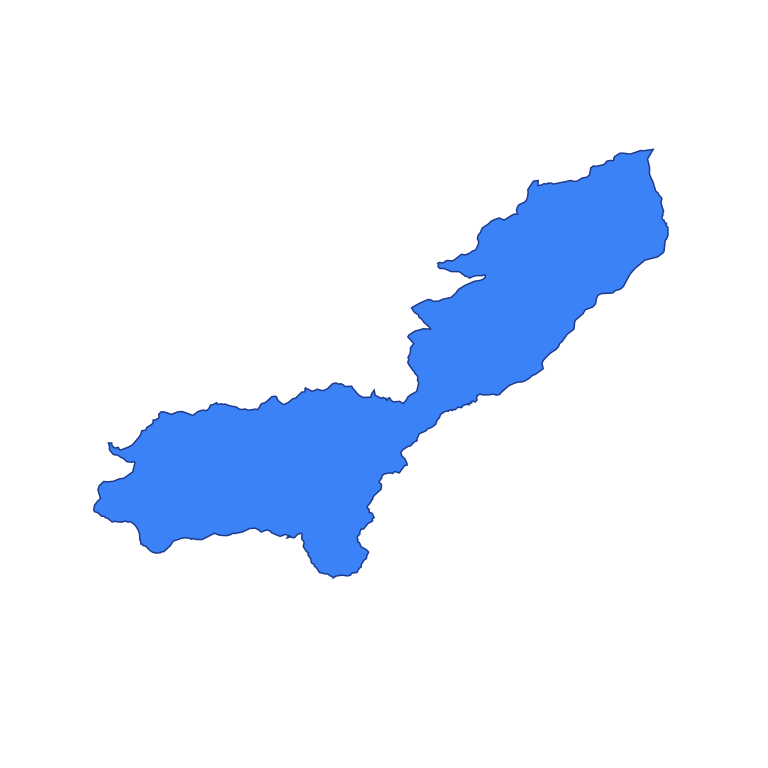 the district of Cerbal, Hunedoara, Romania, rotated 169°
{"feature_id": "2599482B29050657769983", "entity_name": "Cerbal", "entity_type": "district", "adm_level": 2, "iso_a3": "ROU", "parent_name": "Romania", "parent_adm1": "Hunedoara", "projection": "natural_earth1", "projection_center": [22.62, 45.762], "detail": "fine", "context": "isolated", "style": "filled", "palette": "blue", "viewbox_px": 768, "rotation_deg": 169, "n_neighbors": 0, "source": "geoboundaries", "source_scale": "gbopen_adm2", "svg_char_len": 6139}
<svg xmlns="http://www.w3.org/2000/svg" viewBox="0 0 768 768"><g transform="rotate(169 384 384)"><path d="M87.6,564.2L98.5,562.7L105.6,565.1L108.6,565.5L114.2,563.2L115.5,561.6L115.9,559.8L116.6,559.4L119.1,560.3L122.9,560.2L125.1,558.1L127.5,557.3L134.5,557.2L136.6,558.1L139.8,556.7L142.4,550.0L145.2,548.3L150.3,548.4L155.9,546.2L159.2,546.7L161.4,548.1L179.2,547.9L182.0,549.4L184.5,549.9L187.0,549.3L188.4,550.2L191.3,549.3L195.2,549.4L193.8,554.3L198.6,554.6L205.7,547.4L206.0,544.4L207.4,540.1L209.2,537.3L211.4,535.6L217.0,534.4L219.1,532.4L220.9,528.8L220.4,525.3L223.3,525.9L225.4,525.6L234.7,522.0L239.3,525.0L244.5,524.2L247.7,523.4L251.2,521.1L257.7,518.4L260.6,514.2L263.2,512.0L264.6,509.0L263.9,505.9L264.5,503.5L267.8,498.9L269.2,497.9L271.9,497.7L273.7,496.5L279.1,495.2L283.2,496.5L292.8,491.7L299.0,493.3L303.0,491.5L306.4,492.8L308.3,492.2L307.8,490.3L308.6,488.9L307.1,486.7L302.8,485.8L296.8,481.6L288.6,479.9L283.8,474.4L281.8,473.6L279.7,471.6L276.1,472.6L272.2,472.7L266.8,471.6L265.0,472.0L263.9,471.5L264.2,469.3L266.5,468.1L269.7,467.3L275.6,467.6L285.2,465.5L293.0,462.6L296.4,459.3L301.6,456.2L310.0,456.0L314.1,455.0L319.6,455.6L322.5,458.0L325.1,458.5L334.3,456.3L342.4,453.6L341.3,450.2L339.9,447.9L337.1,445.4L336.9,442.8L334.4,440.1L333.0,436.8L328.5,431.0L327.8,429.0L334.6,430.7L343.6,430.0L350.3,427.3L351.6,425.6L347.1,418.0L351.0,414.7L352.3,409.2L355.3,405.7L355.1,403.4L356.5,400.7L356.1,398.7L353.1,391.9L352.0,390.7L351.8,388.7L349.6,385.5L350.0,381.7L350.5,381.4L349.8,379.2L350.2,377.2L353.4,370.4L360.0,368.3L363.5,366.4L364.3,364.8L368.7,361.2L372.1,364.0L378.2,364.6L380.3,366.8L380.7,368.8L381.6,369.6L383.0,368.7L383.8,367.3L385.0,368.3L384.8,369.6L385.5,369.5L387.6,371.1L388.4,370.3L390.4,371.2L394.8,374.6L394.8,379.9L398.6,376.1L399.2,373.6L406.8,374.7L410.2,377.2L411.7,379.2L415.5,385.9L416.1,388.0L422.7,388.9L424.1,390.9L426.3,392.5L428.7,392.6L430.9,394.2L434.6,394.1L440.3,390.2L444.3,389.2L446.2,389.4L450.4,391.6L455.8,390.4L461.8,395.1L462.5,394.3L462.9,392.3L463.9,391.3L466.2,391.8L473.4,387.0L476.2,387.0L481.7,384.0L485.9,382.9L487.6,383.9L490.7,387.4L491.8,389.7L491.7,391.0L492.6,392.6L496.4,393.0L503.7,388.5L508.2,388.0L512.8,382.9L514.8,383.9L521.9,384.1L525.5,386.1L528.3,386.0L531.0,387.0L533.1,389.5L539.4,391.9L543.6,394.5L546.1,394.7L547.3,395.6L551.4,395.8L551.8,397.6L556.3,396.2L558.2,396.5L560.7,393.2L563.5,391.6L566.1,392.8L569.5,392.9L572.8,392.1L577.4,389.6L587.5,395.6L591.6,396.0L598.6,394.8L604.9,398.5L608.1,399.2L610.9,397.3L611.0,394.8L612.0,393.4L616.1,392.3L617.5,392.7L617.9,390.6L619.4,388.8L625.1,386.6L626.6,384.2L630.7,384.3L632.2,381.4L634.6,378.6L642.7,372.2L647.7,370.7L655.3,369.4L656.2,370.0L656.9,372.5L660.1,372.4L661.8,374.0L662.8,375.9L662.5,378.0L665.8,378.7L665.3,374.8L665.9,373.3L665.8,371.3L663.5,367.0L661.5,365.6L659.1,365.2L656.2,362.1L654.1,360.7L651.2,356.8L646.8,355.4L644.5,355.5L643.4,354.3L645.4,350.4L645.5,349.0L646.7,347.9L646.8,346.0L657.4,341.1L662.1,341.4L668.5,340.1L674.7,340.8L677.6,341.8L679.6,340.7L683.0,338.3L685.0,334.8L684.2,325.6L687.7,323.5L691.3,320.2L693.0,315.8L692.4,313.9L689.6,312.3L686.3,308.0L683.6,307.5L683.0,305.9L680.7,304.7L677.1,300.4L674.9,300.6L669.1,298.7L666.6,298.4L664.5,299.1L662.0,297.4L658.7,296.9L655.2,292.9L653.1,287.5L652.6,283.8L653.4,277.3L653.0,276.3L653.1,273.1L652.0,273.2L651.5,271.6L648.7,270.1L645.4,265.1L642.9,262.7L641.2,262.4L640.8,261.7L635.8,261.0L634.7,261.6L632.0,261.5L624.7,266.0L620.8,270.0L612.7,271.1L609.1,271.1L603.7,269.5L603.2,268.4L601.1,268.7L597.9,267.2L592.3,266.0L578.9,269.8L574.2,266.9L567.7,265.2L563.2,265.4L561.4,266.4L559.0,265.7L550.9,265.8L543.4,267.8L537.8,267.0L535.2,265.0L532.7,262.1L527.5,263.1L526.1,262.8L523.7,261.3L522.9,259.6L516.2,254.9L514.6,254.3L509.5,255.2L505.4,252.7L507.9,252.3L508.6,251.4L505.7,251.8L501.4,250.1L497.5,252.9L494.5,253.3L493.0,252.8L494.4,247.6L492.5,244.1L494.2,240.1L494.0,239.1L492.1,234.2L490.4,232.9L491.3,230.8L489.4,226.4L489.3,222.3L486.8,219.9L487.1,218.5L485.2,216.1L483.3,211.3L477.1,208.5L475.6,208.6L473.9,206.4L470.6,203.9L470.8,203.3L467.8,204.6L461.8,204.4L456.1,202.5L453.3,202.8L452.3,204.0L450.7,204.5L446.6,204.1L443.5,207.8L441.3,208.7L440.8,211.0L437.2,214.9L434.6,216.0L433.6,218.8L431.2,221.8L432.5,224.3L437.6,228.7L438.4,233.0L440.0,234.1L439.2,236.0L439.8,238.1L439.3,239.2L436.4,241.2L435.8,243.7L434.2,245.9L431.6,245.6L426.4,250.1L421.3,251.7L421.3,253.8L419.2,254.7L420.2,259.1L423.2,261.2L422.5,263.1L422.9,264.4L424.1,265.7L423.8,267.1L419.3,270.7L418.8,272.1L417.2,272.9L416.5,274.9L414.6,276.6L407.0,281.2L405.8,285.0L405.9,286.6L407.3,288.0L407.5,289.2L404.5,291.8L403.3,294.4L400.9,295.6L395.1,295.7L392.6,294.5L390.0,296.0L386.0,293.8L379.3,300.0L377.0,299.8L376.5,301.1L377.7,306.4L380.1,309.9L380.6,313.4L377.8,316.0L372.5,318.1L369.8,318.2L365.0,321.6L362.5,321.9L361.9,324.2L358.9,328.4L351.9,330.0L349.7,331.6L345.6,332.3L341.0,334.5L339.1,337.9L336.0,340.4L334.3,343.4L330.6,344.9L328.0,345.6L326.3,344.9L324.3,346.1L321.9,344.9L321.1,345.7L318.8,345.3L316.0,347.1L312.3,346.0L310.7,347.7L307.2,348.3L304.4,347.5L304.8,348.5L301.5,348.7L301.4,350.1L300.9,350.3L299.9,350.3L298.1,348.9L295.6,350.6L296.0,351.5L295.0,354.6L292.0,355.8L289.5,354.6L283.0,353.3L278.7,353.3L276.1,351.7L272.4,351.7L270.3,353.5L262.1,358.4L256.2,359.9L251.2,360.3L248.7,359.7L244.8,360.3L240.7,361.7L236.7,364.1L233.6,364.6L226.7,367.7L224.8,368.7L225.0,374.4L222.7,377.2L215.3,382.4L208.0,385.4L205.5,387.5L203.8,390.3L200.8,391.9L194.7,397.8L187.6,401.3L186.9,402.0L184.8,409.1L183.6,410.3L175.0,415.2L172.5,418.4L164.4,419.8L161.8,421.7L160.7,423.0L159.2,427.3L157.0,430.3L153.4,431.3L143.2,429.8L141.4,430.0L139.1,431.6L133.9,432.0L130.4,434.1L121.7,444.7L116.0,449.3L104.3,455.8L91.1,456.6L84.8,459.7L83.7,461.1L80.6,471.2L78.8,472.6L76.9,475.7L75.4,483.5L77.0,485.9L76.2,486.9L76.1,487.9L77.8,489.2L77.9,491.3L79.1,492.1L79.5,493.5L79.4,494.4L77.9,496.8L78.1,497.7L76.6,500.0L77.6,509.0L75.8,513.2L78.4,517.9L78.6,519.2L80.5,521.7L81.4,531.0L83.4,539.2L82.0,545.9L82.4,554.6L75.0,562.9L84.7,563.4L87.6,564.2Z" fill="#3b82f6" stroke="#1e3a8a" stroke-width="1.5"/></g></svg>